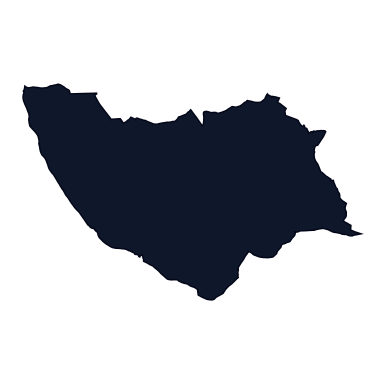 Darjiu, Harghita, Romania
{"feature_id": "2599482B71021034513413", "entity_name": "Darjiu", "entity_type": "district", "adm_level": 2, "iso_a3": "ROU", "parent_name": "Romania", "parent_adm1": "Harghita", "projection": "robinson", "projection_center": [25.165, 46.198], "detail": "fine", "context": "isolated", "style": "filled", "palette": "ink", "viewbox_px": 384, "rotation_deg": 0, "n_neighbors": 0, "source": "geoboundaries", "source_scale": "gbopen_adm2", "svg_char_len": 5871}
<svg xmlns="http://www.w3.org/2000/svg" viewBox="0 0 384 384"><path d="M238.3,277.5L237.7,276.0L238.0,275.5L238.1,275.0L237.8,272.2L237.9,271.7L238.2,270.8L238.3,270.0L238.2,268.6L238.1,267.7L240.8,263.3L243.4,259.6L245.0,256.6L248.7,251.5L250.3,252.2L251.7,253.0L252.9,254.2L254.0,254.9L259.3,256.9L263.3,257.5L264.9,257.5L267.0,257.7L271.2,257.3L272.7,257.0L273.5,256.5L276.6,253.6L276.7,253.3L277.0,252.0L277.3,251.5L277.7,250.8L280.4,247.8L280.9,247.2L281.3,245.5L282.1,244.4L282.8,244.1L284.9,243.5L286.7,242.6L289.3,241.8L289.9,241.5L290.3,241.0L292.1,238.2L293.6,236.7L294.6,235.5L294.8,234.9L295.3,233.1L294.9,232.0L296.3,232.1L297.0,232.0L298.4,231.7L299.8,230.9L307.2,230.6L309.7,230.4L314.5,230.2L315.4,229.8L318.1,229.1L321.1,228.6L322.0,228.6L322.6,228.4L323.5,228.4L327.9,229.6L332.3,231.7L333.7,232.2L336.6,232.6L341.0,233.5L341.5,234.0L345.0,234.5L346.1,234.4L349.3,235.7L352.1,235.9L353.9,235.2L355.3,234.9L356.8,234.7L361.0,233.8L354.8,231.8L350.6,230.0L350.9,225.4L343.6,221.3L343.7,219.8L345.2,217.8L346.0,216.6L346.2,215.5L346.3,212.2L345.9,211.0L345.3,209.7L345.0,208.0L345.6,205.6L346.4,203.4L342.3,200.7L340.3,198.7L339.7,197.6L339.8,196.4L339.5,194.1L339.4,193.6L339.1,193.1L338.4,192.4L337.9,191.2L337.2,188.8L336.1,187.8L333.7,182.1L333.4,180.4L330.6,180.6L330.9,179.3L330.8,179.1L329.0,178.0L327.6,177.0L326.2,176.2L323.0,173.3L321.9,172.4L321.1,172.0L320.7,171.6L317.9,164.5L315.3,160.6L314.3,157.7L314.0,154.4L314.6,151.9L314.1,150.4L314.8,146.9L316.0,145.5L317.6,145.3L323.5,136.4L325.7,131.7L325.1,130.9L323.9,130.7L320.6,130.6L319.2,130.8L317.1,130.9L316.4,131.1L315.8,131.2L315.3,131.4L313.4,131.1L313.2,131.3L313.6,131.7L313.3,132.3L312.6,132.5L312.2,132.2L312.0,131.9L311.4,131.8L311.1,131.8L310.4,132.0L310.2,132.4L309.9,132.6L309.2,133.0L308.7,133.5L308.3,133.1L308.2,131.5L307.4,130.2L306.8,128.6L306.6,128.4L306.0,128.2L305.2,128.0L304.7,127.3L304.5,126.8L304.6,126.1L303.9,125.2L303.2,126.0L302.3,126.3L301.9,126.2L301.4,125.5L300.3,124.7L300.3,124.4L298.9,122.2L298.3,120.7L296.9,119.7L285.5,115.5L284.8,110.9L285.7,109.4L286.1,108.4L279.5,103.3L278.3,103.0L277.6,102.2L279.4,98.0L275.8,97.0L272.3,96.4L271.9,97.5L272.0,98.2L271.3,96.5L268.3,95.0L267.9,94.5L267.9,94.8L267.0,94.4L266.9,94.5L266.2,95.8L265.5,97.3L265.2,97.8L265.1,98.7L262.1,101.2L260.8,102.1L259.0,102.4L256.1,102.4L253.8,102.1L250.7,101.2L248.1,100.8L247.5,100.5L247.0,100.7L246.2,101.9L244.6,102.4L242.7,104.1L240.7,105.6L239.4,106.2L236.4,107.1L234.7,107.1L232.7,106.6L232.0,106.7L227.4,109.6L226.1,110.6L221.5,112.4L218.4,113.3L217.2,113.1L216.4,112.9L216.0,112.5L213.6,112.4L212.0,112.6L210.7,112.6L209.8,112.2L206.2,111.3L205.9,111.7L205.7,111.6L205.3,111.6L204.2,111.7L203.6,112.6L203.4,113.7L203.9,117.6L203.7,121.4L203.4,123.1L203.1,125.1L202.9,125.5L202.3,125.9L195.9,116.7L194.9,115.5L190.7,109.8L190.1,110.4L189.1,111.6L188.2,112.0L186.2,114.2L181.8,115.9L180.9,116.4L180.3,116.5L178.6,117.0L178.1,117.8L177.9,118.5L175.5,121.0L174.5,121.4L172.7,121.5L170.0,122.2L167.1,122.2L165.1,122.6L161.8,123.1L158.5,123.8L158.1,124.0L157.0,124.2L154.1,124.1L152.7,123.7L152.0,123.3L147.8,121.7L145.2,120.4L143.7,120.3L142.4,119.8L139.6,119.0L137.1,118.1L136.3,118.2L135.9,118.6L135.6,119.4L130.9,117.2L129.0,119.6L128.4,120.0L127.4,120.4L127.3,120.7L126.3,121.7L123.2,123.2L121.5,120.3L120.2,118.7L112.3,119.2L111.5,119.7L100.3,105.2L99.1,103.5L95.4,96.9L95.0,95.9L95.0,95.2L95.3,94.5L95.8,94.5L96.0,94.4L96.1,94.1L96.4,94.1L96.6,93.9L96.6,93.2L79.9,93.6L71.3,93.9L69.9,93.8L70.0,93.0L69.5,91.5L69.4,90.8L68.7,90.0L66.8,89.0L66.0,88.7L64.2,87.1L63.0,86.4L61.6,85.5L59.8,84.6L58.9,84.5L58.1,84.1L57.7,84.4L56.3,84.7L55.9,84.9L54.3,85.1L51.6,85.8L50.6,85.8L49.9,86.1L47.8,87.2L46.5,87.7L42.6,88.1L40.3,88.0L36.8,87.4L34.9,87.3L33.0,87.0L32.8,87.1L29.2,87.8L28.3,87.8L26.7,87.4L26.1,87.1L24.9,86.1L24.5,88.4L24.1,90.1L23.6,90.5L23.7,91.1L23.5,91.4L23.7,91.5L23.9,92.0L23.9,92.5L23.2,95.1L23.0,97.3L23.5,100.6L23.9,101.6L24.3,102.5L24.6,103.6L26.5,107.7L28.4,112.7L28.8,113.6L29.1,115.4L29.2,117.4L28.9,118.4L28.8,120.0L29.2,123.1L29.9,126.1L32.2,128.7L34.3,130.9L35.8,132.7L37.1,134.4L37.8,135.7L38.4,137.2L38.5,138.3L38.8,139.1L39.1,140.9L39.1,141.5L38.9,143.3L38.9,144.0L39.7,147.1L40.0,149.4L40.5,151.7L41.5,154.0L42.4,155.4L43.0,155.9L44.7,157.8L45.8,159.6L46.8,162.1L48.0,165.4L48.3,166.6L48.7,167.7L49.1,168.7L49.6,169.7L50.8,171.3L51.8,172.8L53.5,174.6L54.8,176.8L55.4,177.7L58.2,182.5L59.6,184.6L60.2,185.8L62.0,188.7L63.6,190.9L65.5,194.5L66.4,195.8L67.7,197.3L68.4,198.3L69.8,200.6L71.5,203.2L74.9,207.8L77.1,210.2L79.2,212.3L84.1,219.3L87.4,224.2L88.0,225.0L89.3,225.9L90.1,227.0L91.4,228.0L94.1,228.6L94.6,229.7L95.3,230.3L95.6,230.8L97.1,232.0L97.6,232.8L97.6,233.0L97.9,233.9L98.2,235.4L99.2,237.4L99.7,238.0L101.1,239.4L102.3,240.7L103.3,241.7L105.7,243.6L107.4,244.7L109.3,245.8L110.2,246.5L112.7,247.6L115.7,248.2L119.8,248.4L124.8,249.0L126.3,249.4L127.1,249.7L128.5,250.6L129.7,250.8L132.2,252.1L134.0,252.8L134.4,253.4L134.6,254.0L135.0,254.3L135.7,254.4L137.2,254.6L137.9,254.8L138.5,255.5L138.6,256.0L138.8,256.5L139.4,256.9L139.7,257.0L140.0,256.8L140.1,255.7L140.3,255.5L141.2,255.5L142.0,255.2L142.4,255.3L142.7,255.7L143.0,258.1L143.5,259.2L143.7,260.0L143.7,260.4L143.5,260.9L143.6,261.3L146.9,262.8L150.0,264.7L152.6,265.8L153.2,266.3L155.2,268.1L157.0,269.5L159.1,271.4L160.7,273.2L162.5,274.9L163.4,275.6L166.9,278.7L167.5,279.1L168.4,279.4L170.6,279.8L175.5,279.7L177.2,279.8L177.6,279.9L178.8,281.1L179.9,281.6L182.7,282.8L184.4,283.3L186.7,283.8L187.8,284.1L188.3,284.7L189.2,285.1L190.7,286.1L194.5,287.4L197.1,289.1L197.5,289.5L198.2,295.0L201.4,296.8L204.6,298.3L207.0,299.3L208.7,299.6L211.1,299.9L212.7,299.8L214.2,299.2L215.6,297.7L216.6,296.9L221.8,294.1L223.2,293.2L224.1,291.7L225.8,289.1L227.6,287.2L229.1,285.7L231.5,284.0L234.1,281.5L236.7,278.8L238.3,277.5Z" fill="#0f172a" stroke="#020617" stroke-width="1.5"/></svg>